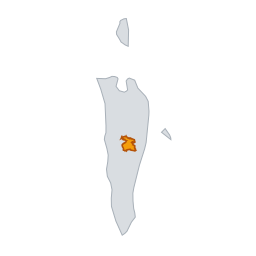 location of Laclubar, Manatuto, East Timor, rotated 107°
{"feature_id": "22284137B50587397066696", "entity_name": "Laclubar", "entity_type": "district", "adm_level": 2, "iso_a3": "TLS", "parent_name": "East Timor", "parent_adm1": "Manatuto", "projection": "albers", "projection_center": [125.895, -8.747], "detail": "fine", "context": "in_parent", "style": "filled", "palette": "amber", "viewbox_px": 256, "rotation_deg": 107, "n_neighbors": 0, "source": "geoboundaries", "source_scale": "gbopen_adm2", "svg_char_len": 4558}
<svg xmlns="http://www.w3.org/2000/svg" viewBox="0 0 256 256"><g transform="rotate(107 128 128)"><path d="M89.7,172.4L87.5,164.0L85.1,160.4L83.3,158.4L82.7,155.8L82.8,153.1L83.9,151.9L91.7,151.6L94.9,147.2L94.8,142.0L93.2,140.3L91.7,139.5L83.6,143.5L81.3,142.8L79.9,141.4L80.3,135.6L87.0,130.2L92.6,120.4L96.6,116.5L105.9,112.8L109.7,111.8L136.7,106.4L143.1,106.0L160.3,106.2L183.2,105.0L188.9,104.3L196.3,101.9L203.4,99.0L207.2,96.7L211.1,95.0L217.0,97.2L227.0,98.8L229.7,100.2L232.2,102.2L220.5,112.4L207.8,120.9L199.9,123.5L191.8,125.2L185.6,128.5L180.3,133.6L173.7,136.5L166.1,137.5L159.7,139.0L153.9,142.1L145.8,147.3L142.5,147.8L139.0,147.7L132.3,149.7L111.4,157.1L98.8,165.4L89.7,172.4ZM23.8,161.6L34.1,156.1L49.8,151.7L49.4,154.9L47.8,159.8L45.5,162.1L41.9,166.2L39.5,167.2L30.1,166.3L28.9,166.9L27.3,166.5L24.8,163.8L23.8,161.6ZM126.6,83.6L122.3,94.7L117.7,92.3L122.6,86.1L125.0,84.2L126.6,83.6Z" fill="#d9dde1" stroke="#a8b0b8" stroke-width="1"/><path d="M148.7,121.5L148.6,121.3L148.5,121.2L148.4,121.0L148.4,120.8L148.2,120.7L148.1,120.4L148.1,120.2L147.8,120.0L147.7,119.9L147.8,119.8L148.0,119.6L147.9,119.4L148.0,119.3L148.2,119.1L148.3,118.9L148.4,118.7L148.3,118.1L148.1,118.0L148.1,117.9L148.1,117.6L148.1,117.3L148.1,117.2L148.1,116.2L147.9,115.9L147.8,115.7L147.8,115.4L147.8,115.2L148.0,114.8L147.8,114.5L147.7,114.4L147.2,114.1L147.2,114.3L146.9,114.5L146.7,114.5L146.6,114.4L146.4,114.5L146.5,114.6L146.4,114.6L146.3,114.8L146.2,114.8L146.2,115.0L145.9,115.3L145.8,115.2L145.6,115.2L145.4,115.3L145.2,115.5L145.1,116.0L144.9,116.1L144.7,116.0L144.5,115.9L144.4,115.9L144.2,115.9L144.0,116.1L143.9,116.2L143.7,116.2L143.3,116.2L143.2,116.3L142.9,116.4L142.9,116.5L143.0,116.5L142.9,116.6L143.0,116.7L143.1,116.8L143.1,117.0L142.9,117.2L142.8,117.3L142.7,117.5L142.7,117.8L142.6,118.0L142.6,118.3L142.4,118.2L142.1,118.5L141.9,118.5L141.5,118.8L141.5,119.0L141.5,119.3L141.4,119.3L141.1,119.5L140.9,119.8L140.7,120.2L140.7,120.3L140.5,120.2L140.4,120.1L140.3,119.9L140.0,119.8L139.9,119.8L139.9,119.7L140.0,119.6L139.9,119.5L140.0,119.5L140.1,119.4L140.2,119.2L140.1,118.9L140.1,118.6L140.2,118.4L140.2,118.2L140.3,118.0L140.3,117.9L140.1,117.8L139.8,117.7L139.6,117.3L139.4,117.4L139.2,117.4L138.9,117.5L138.8,117.8L138.5,117.8L137.7,118.3L137.4,118.4L137.3,118.5L137.3,119.1L137.3,119.4L137.2,119.8L137.3,120.2L137.2,120.4L137.1,120.7L137.2,120.9L137.3,121.3L137.4,121.5L137.5,121.6L137.4,121.8L137.2,121.9L137.2,122.0L136.9,122.2L136.9,122.3L136.8,122.5L136.9,123.0L137.0,123.2L137.0,123.3L137.3,123.3L137.5,123.0L137.6,122.9L137.7,123.1L137.8,123.3L137.8,123.6L137.5,124.0L137.4,124.2L137.4,124.5L137.3,124.9L137.7,125.0L137.6,125.3L137.5,125.5L137.4,125.5L137.0,126.3L137.0,126.5L136.9,126.8L136.7,126.9L136.7,127.0L136.4,127.3L136.5,127.3L136.6,127.5L136.7,127.8L136.8,127.9L137.0,128.0L136.9,128.2L136.9,128.3L137.0,128.4L136.9,128.5L137.1,128.8L137.3,129.0L137.5,129.4L137.6,129.6L137.8,129.7L137.9,129.8L138.0,129.9L138.0,130.0L138.3,130.2L138.3,130.4L138.4,130.5L138.4,130.8L138.2,131.0L138.3,131.0L138.3,130.9L138.4,131.0L138.2,131.3L138.3,131.3L138.4,131.5L138.5,131.5L138.8,131.5L138.9,131.4L139.1,131.3L140.1,131.5L140.0,131.4L140.1,131.2L139.9,131.0L139.7,130.9L139.8,130.6L139.7,130.3L139.8,130.2L139.7,130.2L139.6,129.8L139.6,129.7L139.7,129.8L139.8,129.9L140.0,129.7L140.3,129.4L140.4,129.2L140.5,129.0L140.6,128.9L140.5,128.7L140.5,128.3L140.5,128.1L140.4,127.8L140.2,127.8L140.0,127.7L139.9,127.6L140.0,127.5L140.1,127.4L140.5,127.1L140.6,126.8L140.5,126.7L140.6,126.2L140.6,125.9L140.7,126.0L140.8,126.0L141.0,126.0L141.2,125.9L141.3,125.9L141.7,125.8L142.0,125.9L142.2,126.0L142.3,126.1L142.5,126.2L142.7,126.3L142.7,126.5L142.8,126.5L143.0,126.6L143.3,126.9L143.2,127.0L143.3,127.1L143.6,127.3L143.7,127.2L143.8,127.4L143.8,127.5L144.1,127.6L144.0,127.8L144.2,128.0L144.4,128.1L144.6,128.1L144.8,128.3L145.2,128.4L145.3,128.5L145.6,128.4L145.7,128.5L145.8,128.6L146.0,128.4L146.3,128.4L146.5,128.5L146.7,128.4L146.8,128.4L147.0,128.1L147.3,127.9L147.6,127.7L147.8,127.6L147.8,127.3L147.9,127.2L148.1,127.0L149.1,126.3L149.2,126.2L149.3,126.2L149.6,126.2L149.8,126.2L150.1,126.1L150.4,126.1L150.5,126.0L150.6,125.9L150.5,125.7L150.4,125.5L150.4,125.3L150.4,125.2L150.5,124.9L150.5,124.6L150.5,124.3L150.5,124.2L150.2,123.9L150.2,123.6L150.3,123.6L150.2,123.5L150.2,123.4L150.2,123.0L150.3,122.9L150.4,122.7L150.1,122.7L149.8,122.8L149.7,122.7L149.6,122.8L149.4,122.8L149.3,122.7L149.2,122.7L149.1,122.3L149.0,122.2L148.9,121.9L148.6,121.7L148.7,121.5Z" fill="#f59e0b" stroke="#b45309" stroke-width="1.5"/></g></svg>